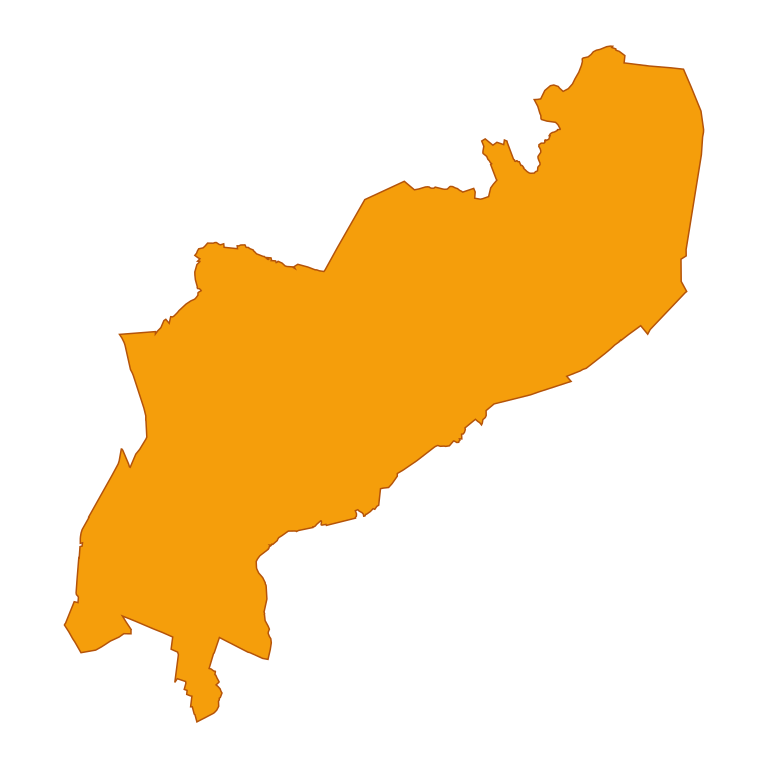 outline of Tepeapulco, Hidalgo, Mexico
{"feature_id": "50627088B41907364490539", "entity_name": "Tepeapulco", "entity_type": "district", "adm_level": 2, "iso_a3": "MEX", "parent_name": "Mexico", "parent_adm1": "Hidalgo", "projection": "mercator", "projection_center": [-98.507, 19.806], "detail": "fine", "context": "isolated", "style": "filled", "palette": "amber", "viewbox_px": 768, "rotation_deg": 0, "n_neighbors": 0, "source": "geoboundaries", "source_scale": "gbopen_adm2", "svg_char_len": 6070}
<svg xmlns="http://www.w3.org/2000/svg" viewBox="0 0 768 768"><path d="M686.1,249.6L701.4,154.7L702.6,137.0L703.5,132.2L703.6,129.6L701.0,111.1L691.2,87.1L683.5,69.2L670.8,67.8L649.1,66.0L624.1,62.9L624.9,55.6L619.3,51.4L616.0,50.2L615.8,48.9L611.8,47.5L612.7,46.3L610.3,46.1L606.6,46.7L600.0,49.4L596.4,50.2L593.3,51.8L591.1,54.5L588.1,56.9L583.1,58.0L582.2,58.9L582.4,61.5L581.4,65.5L578.8,72.2L575.0,78.8L572.5,83.9L568.3,88.7L563.1,91.4L559.5,88.1L558.3,86.5L553.8,85.0L550.4,85.7L544.8,90.5L540.7,98.9L537.7,99.4L534.2,99.6L537.8,106.4L539.8,113.1L540.8,115.5L541.0,118.7L541.5,119.5L546.9,121.1L555.5,122.3L557.9,124.6L560.3,129.0L560.2,129.4L557.5,129.6L557.4,130.4L554.4,132.0L552.3,132.5L550.4,133.7L549.2,135.6L550.1,135.6L548.8,139.2L545.9,140.6L546.0,140.0L545.2,139.9L544.8,140.4L544.8,142.4L543.8,143.2L541.7,143.1L540.5,143.5L539.6,144.4L539.0,144.6L538.8,146.5L540.2,148.8L540.8,151.0L540.7,152.4L538.0,156.4L538.0,157.9L538.6,159.8L540.0,163.0L540.0,163.7L540.0,164.7L538.1,166.8L537.8,167.6L537.5,170.8L536.2,171.5L535.6,171.6L534.2,173.1L530.7,173.3L529.3,173.0L527.1,171.6L523.6,168.3L523.8,167.7L522.5,165.9L521.6,165.3L520.9,165.4L519.3,161.7L517.7,161.6L517.0,160.7L516.4,160.8L515.7,161.3L515.3,161.4L514.6,160.9L514.5,160.0L513.5,159.2L507.3,142.6L507.0,141.1L504.4,140.0L503.7,144.6L496.9,142.3L492.9,145.2L485.2,138.9L481.7,141.0L483.8,146.3L483.0,150.9L482.9,152.7L483.1,153.5L486.7,156.4L487.9,159.3L489.4,160.9L490.2,162.4L491.6,163.8L490.6,164.4L496.2,179.1L496.9,180.1L493.3,184.3L490.7,187.9L488.6,196.6L482.6,198.7L480.4,199.2L474.7,198.2L475.2,192.0L473.7,188.4L462.7,192.1L461.5,191.2L459.7,190.4L457.5,188.6L455.5,188.0L452.7,186.6L450.6,186.4L449.9,186.6L447.3,189.1L444.8,189.3L443.2,189.1L435.2,187.1L433.8,188.2L431.5,188.2L430.2,187.8L429.2,187.0L427.6,186.8L425.3,187.0L418.7,189.0L414.4,189.8L404.3,181.3L364.8,199.6L337.4,247.6L325.1,269.9L323.9,271.5L319.4,270.8L316.8,269.9L315.1,269.8L307.8,267.0L297.8,264.3L294.0,266.7L295.0,268.5L293.0,267.3L292.9,266.9L287.1,266.5L285.2,266.0L282.1,263.1L278.1,261.3L277.1,262.2L276.2,262.6L275.6,260.9L271.4,260.6L271.6,260.4L271.0,257.9L267.5,257.6L268.7,259.2L268.2,259.5L267.4,259.2L267.0,258.6L266.4,258.3L266.2,257.8L265.5,257.5L264.1,256.4L263.4,256.5L256.5,253.8L254.4,251.5L254.0,251.4L253.1,249.9L250.0,248.7L248.2,247.4L246.4,247.4L245.8,246.9L245.2,245.1L244.8,244.9L240.7,245.0L238.8,245.9L237.2,245.8L237.5,248.7L224.1,247.3L223.7,243.8L220.5,244.8L218.9,244.3L217.3,243.1L216.2,242.5L214.7,242.6L213.3,243.2L207.6,243.1L204.8,246.3L203.0,247.9L198.7,248.8L197.4,251.0L196.6,253.2L194.8,255.4L197.9,257.7L199.9,258.8L197.6,261.2L199.9,261.4L199.9,261.6L196.9,264.6L194.8,272.0L194.9,275.1L195.4,279.8L197.3,286.7L197.2,287.8L197.8,288.6L199.4,288.7L200.7,289.9L201.2,290.7L198.6,292.2L198.0,292.8L197.9,295.3L195.9,297.9L194.6,299.2L190.8,300.9L186.0,304.1L179.0,310.6L177.5,312.5L173.8,316.2L172.5,316.9L170.7,316.7L169.2,323.3L165.8,319.3L163.9,320.6L160.9,327.6L157.8,330.8L155.4,334.0L155.5,331.6L119.5,334.4L121.9,338.0L124.2,342.7L125.1,345.5L130.5,369.6L132.2,372.8L133.3,375.5L143.9,408.1L145.8,415.9L145.8,420.1L146.0,421.3L146.8,437.1L145.9,439.1L139.7,449.3L135.8,454.1L130.2,467.3L129.5,466.9L128.6,464.0L122.8,450.3L121.8,449.0L121.3,449.0L119.2,460.8L118.2,463.9L112.0,475.4L88.6,517.1L89.0,517.4L82.2,529.5L81.1,532.9L80.5,536.4L80.3,538.6L80.3,543.3L82.5,542.8L82.1,546.1L80.0,546.6L79.2,557.9L78.8,557.7L77.0,580.0L76.1,592.8L76.4,594.6L78.1,596.5L78.4,597.5L78.0,602.6L74.2,601.7L65.5,623.3L64.8,624.1L64.4,625.0L68.8,631.8L72.8,638.9L74.8,641.9L81.0,652.7L95.7,650.1L101.6,646.8L110.5,641.0L119.0,637.1L123.8,633.7L131.0,633.8L131.0,630.2L131.2,629.6L126.3,622.3L122.4,616.0L135.1,621.1L153.2,628.8L162.5,632.5L172.7,637.0L171.1,649.2L177.6,652.1L178.4,654.7L174.8,682.4L177.3,678.7L185.6,681.5L185.9,683.2L184.2,689.4L187.1,690.4L186.7,694.4L190.5,695.9L191.9,696.2L190.6,706.8L192.3,706.8L194.2,714.1L195.0,714.8L196.9,721.9L212.9,713.6L214.3,712.7L216.7,710.2L218.7,706.3L218.5,701.2L219.3,699.8L219.3,698.2L220.3,697.5L222.0,693.0L221.0,691.3L220.1,688.8L218.0,686.5L216.1,684.9L218.9,682.3L219.1,681.8L216.9,677.8L215.8,675.2L214.9,674.6L215.4,671.6L215.0,671.1L214.3,671.2L213.6,670.9L211.1,669.0L209.1,668.5L213.5,653.7L214.2,652.9L219.4,637.5L248.0,652.2L249.8,652.6L262.6,658.4L268.0,659.4L270.3,649.4L271.3,642.8L270.8,638.7L269.4,636.5L268.1,633.2L268.4,631.7L269.4,629.2L268.1,626.1L265.1,620.6L264.5,614.9L264.3,614.5L264.6,613.8L264.0,611.7L264.2,611.3L266.9,599.0L266.2,586.9L266.0,585.2L265.3,583.9L265.2,582.7L262.7,577.6L258.7,573.0L256.8,569.0L256.5,567.8L256.2,561.5L257.6,558.8L259.9,555.7L268.2,549.3L268.1,549.1L268.8,548.4L269.3,546.7L270.5,545.9L269.6,545.1L271.3,545.1L272.0,544.1L272.4,544.4L272.8,544.4L277.2,540.6L277.9,538.9L278.8,537.6L282.0,535.6L288.3,531.1L294.3,531.0L296.0,531.1L296.5,531.5L298.5,530.5L312.9,527.5L312.8,526.9L314.1,526.7L315.3,526.0L316.7,524.3L320.7,520.8L321.3,521.0L321.5,522.0L321.1,524.3L321.3,524.9L321.9,525.1L326.0,524.4L326.4,525.4L355.3,518.2L355.1,517.9L356.4,516.1L356.5,513.8L355.3,510.7L357.8,509.7L358.9,510.9L362.2,512.8L362.9,513.6L363.4,514.4L363.7,516.2L364.9,516.0L365.9,514.2L366.6,514.2L370.4,511.5L373.1,508.7L374.8,509.3L376.9,506.3L378.7,505.2L380.5,488.7L383.3,488.1L388.6,487.5L392.1,483.6L397.3,476.2L397.3,473.5L403.4,469.9L416.7,460.8L434.8,446.8L436.2,446.1L437.3,445.6L437.9,445.5L440.3,446.3L444.1,446.1L445.7,446.4L449.4,445.8L453.5,441.0L454.4,441.1L456.8,442.5L458.7,442.3L458.9,441.3L459.9,440.4L459.4,438.8L461.8,438.9L461.6,434.2L463.3,433.9L464.5,432.2L465.3,429.6L465.0,427.9L475.4,419.3L477.9,421.5L479.6,422.6L481.5,424.9L482.3,423.2L482.9,419.6L484.9,417.9L485.5,417.1L486.2,415.4L486.1,410.6L494.1,403.9L530.6,394.8L538.5,392.0L571.1,381.4L566.7,376.3L580.3,370.9L582.9,369.4L586.2,368.3L604.9,353.6L610.5,348.9L614.6,345.1L619.7,341.4L619.5,341.1L620.9,339.9L621.2,340.3L628.6,334.5L640.7,325.7L647.7,334.2L650.2,329.5L685.2,292.7L686.7,291.5L681.2,281.4L681.0,259.2L686.2,255.9L686.1,249.6Z" fill="#f59e0b" stroke="#b45309" stroke-width="1.5"/></svg>